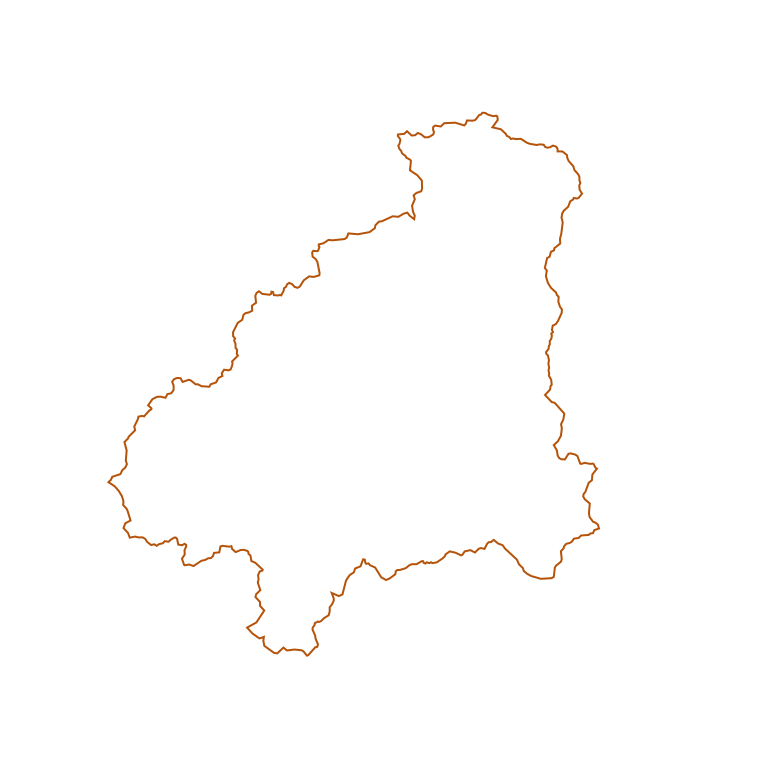 Grau, Apurímac, Peru (Mercator projection), rotated 14°
{"feature_id": "86281439B32616400473033", "entity_name": "Grau", "entity_type": "district", "adm_level": 2, "iso_a3": "PER", "parent_name": "Peru", "parent_adm1": "Apurímac", "projection": "mercator", "projection_center": [-72.599, -14.046], "detail": "fine", "context": "isolated", "style": "outline", "palette": "amber", "viewbox_px": 768, "rotation_deg": 14, "n_neighbors": 0, "source": "geoboundaries", "source_scale": "gbopen_adm2", "svg_char_len": 6157}
<svg xmlns="http://www.w3.org/2000/svg" viewBox="0 0 768 768"><g transform="rotate(14 384 384)"><path d="M148.9,497.1L148.9,498.6L146.2,503.1L150.4,510.8L152.0,520.7L153.9,523.9L153.7,525.4L153.1,527.9L151.0,530.7L150.0,535.2L142.8,539.8L142.2,543.1L140.4,545.9L147.4,548.4L152.6,552.0L156.9,556.3L159.6,560.9L160.2,564.6L164.4,567.3L166.0,569.3L171.1,577.8L166.7,581.7L166.1,586.8L171.7,590.5L174.5,594.6L179.5,592.2L182.8,592.3L186.9,591.2L189.9,592.1L192.2,594.4L197.0,596.6L199.9,595.1L202.6,596.0L204.5,593.8L208.0,592.0L209.2,589.6L213.2,589.1L214.8,586.6L217.5,583.9L218.9,583.3L220.7,584.3L223.2,589.6L227.0,589.3L229.2,587.3L231.0,588.0L231.4,589.6L230.6,593.3L231.9,597.7L230.2,602.4L233.9,608.0L234.6,608.1L238.5,606.3L243.2,606.7L249.6,599.7L253.0,598.0L255.6,595.6L258.2,594.8L259.7,592.3L259.9,589.0L264.9,587.2L264.6,581.2L266.4,580.1L273.0,579.3L275.2,578.3L276.5,580.8L280.7,583.0L285.2,579.7L288.2,578.8L291.8,579.0L292.9,579.7L293.6,581.5L296.0,582.8L298.1,587.8L302.4,588.6L311.2,593.5L311.2,594.4L308.7,596.1L308.1,600.0L309.6,604.0L309.6,607.3L313.9,613.9L310.8,618.9L310.8,621.8L316.4,625.5L317.5,629.3L322.6,632.8L317.9,646.2L310.1,653.5L316.7,657.9L323.0,660.4L324.9,660.9L328.6,658.5L329.0,662.2L331.2,667.0L342.4,671.5L345.6,671.2L350.2,664.1L354.3,666.0L361.4,663.3L368.5,662.3L370.5,662.9L374.9,666.2L376.0,665.6L381.0,656.1L382.9,655.1L382.9,652.6L379.2,647.6L378.0,644.6L374.0,639.5L373.8,637.5L375.0,634.6L374.7,632.8L377.3,630.5L378.5,630.6L380.2,629.4L382.3,625.9L386.3,621.7L386.3,617.6L385.3,613.8L386.9,610.3L387.6,606.4L387.2,604.4L383.8,599.4L391.5,600.7L394.6,598.2L394.7,583.8L396.9,577.8L400.3,574.0L400.6,570.0L405.3,566.6L406.2,559.1L407.9,559.1L409.2,562.1L410.1,562.8L412.3,561.8L414.2,563.2L419.8,564.2L428.0,572.2L433.4,573.7L436.5,571.3L441.0,565.9L440.7,563.0L441.8,561.3L444.4,560.6L449.7,557.4L452.3,553.9L454.4,552.2L459.1,551.0L463.6,546.7L464.9,546.5L465.7,547.9L467.6,548.2L468.5,546.7L471.5,546.8L472.7,545.6L474.3,546.1L478.4,544.3L483.3,538.7L484.8,536.2L484.9,534.5L488.3,530.5L494.2,530.4L500.3,531.6L501.3,530.9L502.8,526.9L508.0,524.3L513.0,525.5L515.8,520.9L517.9,519.7L521.4,519.7L522.7,514.1L523.8,512.2L526.1,511.5L528.2,508.7L533.3,511.2L538.1,511.7L541.2,514.4L555.4,522.2L558.6,526.3L563.4,529.1L564.8,531.6L568.7,533.5L573.3,534.7L583.2,535.1L593.5,531.9L595.4,530.1L594.2,520.9L594.8,518.7L598.7,513.6L598.9,511.2L596.1,503.4L598.1,500.0L597.9,498.2L599.5,495.0L602.7,493.3L604.5,491.5L605.7,488.1L610.1,486.3L611.9,483.3L619.2,480.9L620.3,479.2L622.9,478.2L623.4,474.9L627.6,472.2L625.5,468.7L622.9,467.4L620.2,467.1L615.8,463.5L614.2,460.2L612.6,450.2L606.6,447.2L604.5,444.9L604.3,442.5L605.5,440.0L606.5,430.3L609.0,427.1L608.1,421.3L611.1,414.6L609.5,414.1L606.7,410.9L605.8,410.7L603.6,411.6L597.7,412.0L594.6,413.9L593.6,413.7L589.0,407.0L586.5,406.2L581.8,406.2L579.9,407.1L577.8,413.4L574.6,414.1L572.0,413.6L569.8,411.4L567.8,406.6L563.5,402.2L566.6,397.5L568.2,391.4L567.3,384.1L565.5,380.1L566.6,375.3L566.1,369.1L555.1,361.6L553.7,360.9L551.2,361.0L542.9,355.7L546.5,349.2L546.1,345.8L546.9,344.2L545.2,339.4L542.0,336.1L541.8,334.0L540.3,330.9L540.3,328.3L538.6,324.6L538.3,321.0L536.2,316.7L534.1,315.4L533.5,313.8L535.2,310.3L534.8,307.4L535.3,305.5L534.4,302.2L535.4,299.7L535.2,296.5L534.1,294.8L535.4,292.7L533.9,290.9L533.6,286.5L536.2,284.4L537.6,280.6L539.2,272.0L538.6,268.6L536.1,266.5L533.3,262.1L532.4,257.2L530.0,255.6L528.7,253.5L522.9,250.4L518.6,246.3L515.0,240.2L514.5,234.5L512.0,232.5L511.8,222.3L513.9,220.4L514.0,215.3L516.6,213.2L516.4,211.1L521.0,205.1L519.6,200.3L519.7,195.6L518.3,183.9L516.0,179.6L515.7,175.1L516.5,172.4L519.8,167.5L520.5,161.7L522.8,159.3L523.1,157.6L526.5,157.3L527.8,156.4L530.1,151.4L526.8,148.1L525.5,144.5L525.8,141.1L524.3,139.2L523.6,135.9L521.9,133.7L517.1,130.4L515.0,126.9L509.2,122.9L507.1,120.2L506.1,117.6L500.9,115.2L496.2,116.3L495.5,113.9L493.8,112.1L490.3,111.8L487.8,114.1L485.3,115.2L483.0,115.0L481.1,113.2L477.1,113.8L474.5,115.1L467.7,115.7L464.5,115.4L457.5,113.0L452.8,114.4L449.7,114.6L447.9,115.6L445.9,114.1L442.9,113.4L441.8,111.9L435.9,108.6L427.1,108.7L430.5,100.2L429.2,97.0L428.1,96.5L425.2,97.7L419.9,97.5L416.6,96.5L413.8,97.0L412.8,99.3L411.4,99.8L408.7,105.8L406.2,107.1L400.8,108.2L400.3,112.1L399.3,113.7L389.9,113.2L379.3,116.4L376.8,120.4L371.1,120.9L369.6,122.6L370.1,125.5L371.5,127.4L371.5,129.9L367.7,133.7L363.9,134.8L359.6,132.8L356.1,132.2L354.0,135.1L350.7,136.2L345.2,133.2L343.1,136.4L337.2,138.5L337.4,140.0L340.4,142.4L340.9,143.7L340.9,147.5L340.2,149.3L342.1,152.2L344.1,153.5L345.8,155.9L349.8,157.6L350.9,159.0L355.3,160.1L356.2,161.1L357.5,170.4L365.7,173.3L371.5,177.4L373.7,185.2L373.5,188.0L369.2,190.8L367.1,193.8L369.2,197.3L368.1,204.1L370.4,209.7L373.1,213.2L373.4,216.8L368.2,214.5L365.2,212.1L361.8,214.0L357.5,218.3L351.8,219.2L342.6,226.6L339.8,227.7L337.3,231.9L337.4,235.1L333.1,240.2L322.5,245.0L313.0,246.5L312.4,251.0L310.7,252.9L299.4,257.0L295.3,257.6L291.2,262.1L287.0,264.3L287.1,265.6L288.2,266.6L287.8,270.6L287.2,271.3L283.1,271.9L282.5,273.9L283.9,277.7L287.6,279.4L289.9,281.8L294.7,292.0L294.9,294.2L289.9,297.1L285.3,297.7L281.0,302.9L278.7,309.9L276.8,311.6L273.7,311.4L270.8,309.4L267.5,308.8L266.0,310.5L265.3,313.6L263.8,315.3L264.1,317.8L262.8,322.9L261.4,322.7L260.0,323.7L255.6,324.4L254.1,321.6L252.5,321.6L252.6,324.0L251.3,325.1L244.2,326.0L240.2,324.3L238.3,326.5L237.8,329.6L240.2,336.1L236.9,340.0L238.4,344.8L235.6,347.2L232.4,348.8L230.9,351.1L230.9,356.0L227.3,360.0L225.0,370.3L226.1,374.2L228.5,375.9L228.0,377.9L230.1,380.8L231.3,385.0L233.1,386.2L233.9,390.5L235.4,391.8L231.1,398.9L232.0,400.2L232.2,402.9L231.7,406.9L230.0,408.3L225.4,408.8L224.0,412.8L225.3,415.3L221.9,418.2L220.7,423.1L215.9,426.2L215.2,428.9L207.4,430.3L203.6,429.3L201.3,429.9L195.8,427.3L193.7,427.1L188.1,430.7L185.2,427.6L181.8,428.2L179.2,430.0L177.9,433.1L180.3,436.5L181.3,440.8L179.8,444.5L176.3,446.2L175.3,450.2L170.1,450.4L166.9,451.3L163.0,454.7L160.3,461.8L164.2,463.8L164.4,464.8L162.8,466.4L159.0,473.5L156.9,473.5L153.6,475.1L153.7,477.7L152.0,485.8L153.7,489.1L148.9,497.1Z" fill="none" stroke="#b45309" stroke-width="2"/></g></svg>